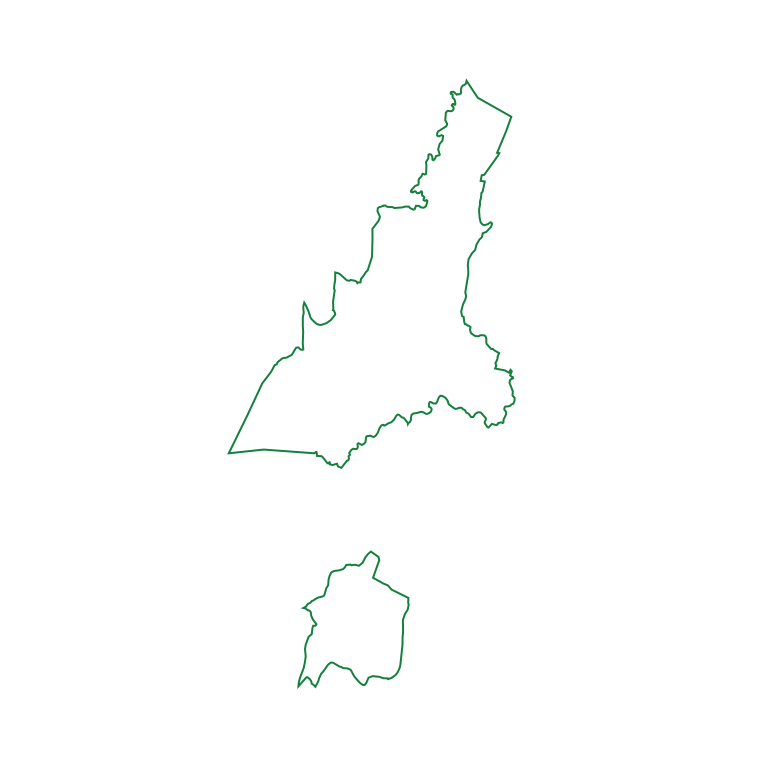 outline of Huehuetla, Puebla, Mexico, rotated 16°
{"feature_id": "50627088B77344252061017", "entity_name": "Huehuetla", "entity_type": "district", "adm_level": 2, "iso_a3": "MEX", "parent_name": "Mexico", "parent_adm1": "Puebla", "projection": "equal_earth", "projection_center": [-97.616, 20.098], "detail": "fine", "context": "isolated", "style": "outline", "palette": "green", "viewbox_px": 768, "rotation_deg": 16, "n_neighbors": 0, "source": "geoboundaries", "source_scale": "gbopen_adm2", "svg_char_len": 6137}
<svg xmlns="http://www.w3.org/2000/svg" viewBox="0 0 768 768"><g transform="rotate(16 384 384)"><path d="M431.2,130.3L429.0,130.6L431.7,107.6L432.7,92.0L395.2,83.0L379.8,69.8L379.9,72.9L378.7,74.5L377.5,75.3L376.7,77.3L376.8,80.3L377.9,82.7L377.6,83.7L376.2,85.0L374.9,85.1L374.2,85.8L370.4,83.9L368.1,84.7L367.9,85.9L368.2,86.6L370.2,86.8L370.9,89.4L373.5,91.2L375.5,95.1L375.4,95.8L374.7,96.3L373.5,95.7L372.9,95.9L372.3,97.3L372.4,97.8L374.2,98.7L374.9,99.5L375.1,100.2L374.7,102.2L373.4,103.3L369.8,103.9L368.7,106.0L370.1,113.4L372.9,116.4L373.1,117.8L372.8,119.1L366.4,126.3L366.0,128.1L366.5,130.3L367.7,130.9L368.6,130.7L370.8,128.9L372.5,129.3L373.1,133.9L371.3,137.9L371.4,143.5L374.4,148.3L373.8,149.1L371.2,150.5L371.0,152.8L370.0,155.3L368.8,155.0L367.7,152.2L366.1,150.5L364.2,150.6L363.6,151.2L364.4,155.1L363.2,159.0L364.6,162.5L366.6,170.4L365.4,171.4L363.5,171.1L363.1,171.5L362.7,174.2L361.3,176.7L361.0,178.7L361.8,180.6L362.1,182.8L359.1,185.4L356.6,190.9L357.2,192.0L357.9,192.0L358.3,191.6L358.8,191.9L360.5,190.2L361.4,190.2L362.7,191.3L363.8,191.4L365.7,190.3L366.4,188.7L367.1,188.5L367.8,189.1L368.3,191.5L368.8,192.4L370.6,192.8L371.4,193.5L371.1,195.2L371.4,196.4L372.5,196.6L373.4,196.4L374.0,195.6L374.9,195.7L375.4,196.9L375.3,201.5L373.6,203.6L370.5,204.1L368.6,203.1L365.6,203.9L365.3,207.6L364.2,208.3L360.6,207.7L358.9,206.6L355.3,207.7L352.7,209.3L345.4,212.0L343.7,211.6L338.2,212.8L336.1,212.1L334.1,212.7L334.1,213.1L330.5,215.5L329.6,216.7L330.1,219.7L333.9,224.2L334.0,226.5L333.7,228.9L330.1,238.1L332.7,246.8L337.4,264.9L337.0,279.2L335.8,281.3L334.6,285.3L332.9,289.3L333.4,292.8L331.3,293.4L330.6,294.4L329.4,293.1L327.4,292.8L323.4,293.1L322.3,294.3L319.6,294.6L311.8,290.7L309.9,290.2L306.4,290.2L308.5,298.0L308.8,301.5L309.7,306.1L310.8,307.5L312.4,319.3L314.5,325.3L314.6,327.2L315.7,327.3L317.4,329.4L318.0,330.8L315.2,337.3L311.9,341.4L307.2,344.6L306.0,344.9L303.0,344.9L300.1,343.6L296.3,341.5L294.8,340.1L291.8,335.5L287.1,329.8L284.9,327.8L285.1,332.1L287.2,337.7L287.6,342.3L290.0,350.7L292.0,356.3L294.7,367.3L296.9,373.1L295.9,373.8L293.9,373.7L292.1,372.6L290.5,372.7L289.4,373.7L287.4,381.3L283.2,385.4L279.4,387.2L275.8,392.2L275.5,394.6L273.7,396.0L272.2,403.1L266.8,417.0L261.2,452.4L253.9,493.4L286.4,480.2L336.1,469.8L337.1,468.3L337.9,468.0L339.5,471.6L343.8,470.6L345.7,471.5L351.5,475.8L352.4,475.5L353.2,474.2L353.5,474.3L354.0,476.1L356.8,476.1L360.8,473.6L362.4,475.9L366.2,476.3L369.5,467.9L370.8,467.2L370.9,465.6L369.9,463.2L370.8,461.4L369.6,459.9L370.7,456.4L372.3,454.7L375.2,454.3L375.9,453.7L376.2,452.6L376.1,451.4L375.1,449.3L375.2,448.6L375.9,447.9L379.5,448.7L381.1,447.2L382.2,444.8L381.5,440.7L381.6,439.4L382.2,438.7L385.0,437.5L388.6,437.8L389.4,437.2L390.3,435.9L391.5,432.5L391.8,428.1L392.7,425.0L393.7,423.8L394.9,423.4L395.6,423.9L396.6,423.4L398.8,420.8L401.6,418.7L403.4,415.7L404.6,411.0L405.7,409.5L407.0,409.5L410.6,411.2L412.1,411.0L417.3,414.6L418.0,415.9L418.2,414.8L419.2,413.7L419.8,411.7L419.0,407.4L419.1,406.0L420.1,404.5L424.9,402.1L426.4,400.9L428.5,400.2L432.8,401.1L433.8,400.8L435.5,399.4L436.7,397.7L436.9,395.7L436.3,394.4L435.1,393.7L433.4,393.4L432.7,390.4L432.9,388.9L433.8,388.4L437.0,389.1L439.5,388.3L440.0,386.1L440.4,381.9L441.4,379.8L443.3,379.4L446.8,380.3L449.6,382.3L451.7,385.5L457.4,387.8L459.6,388.3L461.6,387.3L462.1,386.6L464.6,385.5L465.4,385.6L466.6,386.4L469.1,386.9L470.9,388.7L473.4,389.2L476.9,391.8L478.9,391.1L480.2,387.1L482.3,385.2L485.0,384.7L491.4,388.9L491.8,390.2L491.2,392.8L491.7,393.9L495.4,397.0L496.5,397.0L498.7,392.6L503.0,392.6L504.4,391.6L504.2,391.0L504.6,390.0L507.2,388.6L508.9,388.8L509.4,387.7L508.7,385.5L509.7,379.8L509.5,378.2L508.9,377.1L506.6,375.3L506.4,373.5L506.8,372.2L509.6,371.3L511.2,370.2L512.4,368.3L513.8,367.3L514.1,364.1L513.4,361.3L510.7,359.7L509.8,355.4L504.4,348.4L504.0,345.8L504.8,344.4L506.5,342.9L505.7,341.7L504.8,341.9L502.9,341.0L503.3,336.5L501.7,335.5L501.0,338.7L496.6,337.6L486.5,338.5L486.9,335.6L485.3,332.9L485.9,331.0L486.1,328.6L485.7,325.9L486.2,322.6L480.3,321.1L478.9,320.3L477.5,320.8L471.7,317.3L470.9,315.9L469.9,312.4L468.5,310.2L467.0,309.6L463.3,310.5L462.1,311.7L460.7,312.4L458.2,312.7L454.4,311.5L452.9,310.2L451.7,308.0L451.5,305.5L449.4,304.6L448.2,304.8L446.6,303.9L445.4,304.2L444.8,303.5L444.0,302.2L442.1,297.6L440.3,297.2L438.2,293.1L438.0,285.9L438.9,279.6L438.7,276.7L436.9,273.6L434.7,254.9L433.0,249.5L431.9,247.1L430.9,240.6L432.5,234.2L434.7,230.0L434.5,224.3L435.9,218.9L437.6,215.9L437.4,211.8L440.4,209.6L443.6,203.5L443.7,200.2L442.6,199.2L441.6,199.4L439.9,201.6L437.0,203.5L434.7,203.6L432.3,201.9L430.1,197.9L427.8,191.7L427.2,189.3L426.9,185.3L426.0,182.5L425.9,178.1L425.0,173.6L425.8,171.9L425.1,161.6L420.9,162.1L420.4,156.4L422.7,155.3L430.6,133.1L431.2,130.3ZM466.4,582.9L448.0,579.6L443.2,576.5L438.6,576.0L426.9,573.3L428.0,554.7L426.3,551.7L417.6,548.7L415.3,552.2L413.9,555.7L412.7,561.8L410.0,565.6L405.7,565.8L402.6,567.2L401.3,566.9L397.6,568.4L396.9,571.1L395.7,573.2L392.2,575.5L387.5,577.5L385.3,579.7L384.6,583.3L384.6,587.0L385.8,592.8L384.8,596.3L384.9,602.5L384.6,604.0L383.5,605.2L379.8,607.3L377.1,609.8L375.7,611.7L374.5,612.4L373.5,614.6L371.5,616.3L370.8,617.7L370.6,619.3L368.3,621.5L370.5,621.4L373.1,622.5L374.4,622.3L375.6,622.8L376.7,623.9L377.9,626.8L380.8,630.2L385.3,633.5L384.7,635.3L382.6,635.9L382.5,638.4L383.5,644.2L381.2,647.9L380.6,655.9L381.1,660.5L383.8,667.3L384.6,672.5L385.1,679.2L384.2,689.9L384.5,695.6L385.1,698.2L390.3,687.3L391.4,687.0L394.1,688.2L396.1,689.9L397.1,692.0L399.0,692.5L401.5,694.0L402.8,687.7L402.7,685.1L403.4,680.1L404.8,677.2L407.7,669.0L409.7,666.4L411.2,666.0L413.3,666.3L419.1,667.9L421.2,667.8L422.9,668.4L427.1,667.5L429.5,667.6L431.2,668.3L435.5,672.8L437.6,674.4L443.8,678.2L446.6,679.1L448.3,678.7L449.4,676.2L450.1,670.6L453.7,667.9L460.1,666.8L464.7,667.0L468.7,665.9L469.2,666.6L471.9,664.8L475.2,660.8L476.5,657.9L476.9,655.6L477.3,652.8L477.1,649.1L473.6,629.3L471.8,622.9L470.6,616.8L467.2,605.5L467.6,598.9L468.9,594.8L468.9,592.5L468.4,588.9L467.6,587.8L466.4,582.9Z" fill="none" stroke="#15803d" stroke-width="2"/></g></svg>